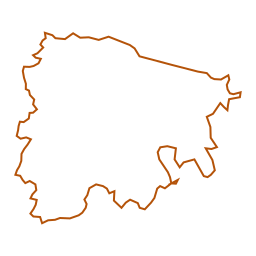 Tapera, Rio Grande do Sul, Brazil
{"feature_id": "56859067B74409680432324", "entity_name": "Tapera", "entity_type": "district", "adm_level": 2, "iso_a3": "BRA", "parent_name": "Brazil", "parent_adm1": "Rio Grande do Sul", "projection": "mercator", "projection_center": [-52.864, -28.665], "detail": "fine", "context": "isolated", "style": "outline", "palette": "amber", "viewbox_px": 256, "rotation_deg": 0, "n_neighbors": 0, "source": "geoboundaries", "source_scale": "gbopen_adm2", "svg_char_len": 1723}
<svg xmlns="http://www.w3.org/2000/svg" viewBox="0 0 256 256"><path d="M171.3,183.4L170.0,177.1L167.9,172.2L159.3,159.4L157.7,152.2L160.3,147.3L167.3,146.2L175.9,148.3L174.6,159.4L179.7,167.3L183.6,162.4L194.4,159.4L203.8,176.1L207.6,177.1L210.9,174.8L214.8,170.3L212.4,160.0L205.7,148.3L211.5,149.0L216.9,147.1L210.7,137.8L210.4,127.0L206.8,116.8L213.0,113.8L220.3,103.1L223.9,107.0L227.4,110.2L228.0,105.1L229.1,99.2L239.9,97.2L240.6,92.3L233.4,94.2L229.9,93.3L227.6,89.4L226.8,84.9L229.3,79.5L228.3,75.3L221.0,79.5L214.3,79.1L210.9,77.6L206.8,73.1L197.9,71.6L171.5,64.8L139.5,56.3L134.6,48.4L129.8,45.0L121.6,41.8L108.6,36.7L98.7,39.9L88.8,37.3L80.2,37.7L73.1,33.3L65.0,39.1L55.4,38.2L52.4,35.2L44.9,32.8L45.7,38.2L42.6,40.5L40.4,44.5L43.2,47.5L37.4,53.3L33.1,55.2L35.7,57.7L40.8,58.8L38.5,63.3L33.6,66.0L29.7,66.9L24.0,66.7L22.8,71.0L24.0,77.7L25.9,83.8L25.8,89.1L29.0,90.6L29.9,95.0L34.2,99.5L33.1,104.4L36.9,109.3L33.1,112.7L29.6,112.9L28.8,118.5L23.7,122.1L19.9,121.7L18.6,126.1L18.1,130.2L16.7,135.9L20.6,138.7L26.2,137.4L30.9,139.3L27.5,144.7L24.2,149.0L21.5,153.9L21.3,160.9L19.3,166.4L17.0,170.2L15.4,174.8L20.2,175.8L22.6,179.9L25.3,183.1L29.7,181.0L35.4,184.4L36.3,190.1L32.4,194.4L30.5,198.4L36.7,199.9L35.7,204.8L33.5,209.1L30.4,213.6L33.4,216.5L40.1,217.0L42.1,223.2L48.1,220.3L55.0,219.8L60.0,218.0L69.9,218.4L78.7,215.3L82.3,212.7L85.7,207.8L86.6,204.0L84.4,199.5L87.3,195.2L89.4,188.2L96.1,184.4L103.0,186.1L106.9,188.6L109.3,193.3L114.4,191.2L113.9,200.6L121.5,207.8L125.8,202.6L130.1,199.7L137.8,203.1L139.7,207.8L144.8,209.3L151.0,202.7L154.4,198.0L157.2,188.6L160.1,186.1L164.9,188.3L171.3,183.4ZM171.3,183.4L175.9,183.7L177.8,179.9L171.3,183.4Z" fill="none" stroke="#b45309" stroke-width="2"/></svg>